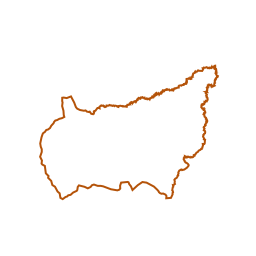 Ban Kruat, Buri Ram, Thailand (Albers equal-area conic projection), rotated 22°
{"feature_id": "78962969B45886211066420", "entity_name": "Ban Kruat", "entity_type": "district", "adm_level": 2, "iso_a3": "THA", "parent_name": "Thailand", "parent_adm1": "Buri Ram", "projection": "albers", "projection_center": [103.161, 14.416], "detail": "fine", "context": "isolated", "style": "outline", "palette": "amber", "viewbox_px": 256, "rotation_deg": 22, "n_neighbors": 0, "source": "geoboundaries", "source_scale": "gbopen_adm2", "svg_char_len": 5833}
<svg xmlns="http://www.w3.org/2000/svg" viewBox="0 0 256 256"><g transform="rotate(22 128 128)"><path d="M186.1,60.5L186.4,59.6L186.0,58.5L187.1,58.0L186.9,57.7L187.4,57.6L187.3,57.3L188.8,57.1L189.2,57.6L189.4,56.8L190.2,57.5L191.0,57.3L191.0,57.8L192.4,56.3L191.9,56.1L191.4,54.9L191.8,53.6L191.1,53.2L191.0,50.6L190.6,50.7L190.7,49.8L191.2,49.7L191.0,48.4L191.3,48.1L191.3,47.5L191.9,47.2L191.9,46.2L190.7,46.1L189.0,44.7L189.4,44.0L188.6,44.0L188.8,42.6L188.2,42.4L188.2,41.6L187.5,41.6L188.1,41.3L187.5,40.2L186.8,40.0L186.4,40.8L185.7,40.6L185.4,39.9L186.0,38.7L185.5,37.6L184.9,38.0L184.7,39.6L184.1,39.5L183.3,40.6L182.7,39.9L182.5,41.3L181.7,41.3L181.4,42.0L181.0,42.2L180.5,41.7L179.5,42.6L178.2,42.1L176.7,43.4L175.6,43.6L175.5,44.3L174.9,44.6L175.7,45.4L175.4,47.3L172.2,48.4L171.4,48.3L171.0,49.7L170.0,50.3L169.9,50.8L169.2,50.4L168.9,52.2L168.0,53.1L168.4,54.6L168.2,54.9L168.4,55.1L168.3,56.2L168.7,56.4L168.1,56.9L168.1,57.5L167.7,57.6L168.2,58.4L167.5,58.7L167.8,59.1L167.5,59.3L166.5,59.1L166.2,59.4L165.9,59.0L165.7,59.5L163.9,60.6L164.4,62.0L165.1,62.3L165.2,62.8L164.7,63.3L165.0,64.0L165.5,64.0L165.5,64.7L164.7,64.5L164.4,65.3L164.7,65.6L163.3,66.3L163.5,67.2L162.2,67.7L161.7,68.7L160.9,68.7L159.5,69.6L159.3,70.2L159.9,71.5L158.4,72.3L158.1,72.9L156.8,73.4L156.8,74.0L156.0,74.3L156.0,75.8L155.5,75.5L155.2,76.0L155.0,75.5L154.4,75.5L154.2,76.3L152.6,77.6L151.7,76.9L150.6,77.6L149.5,77.3L148.7,78.2L149.1,78.5L147.6,79.4L147.7,80.1L146.2,79.9L146.0,80.4L146.6,81.5L145.9,81.9L146.3,82.2L146.1,82.9L145.8,82.8L145.9,83.3L145.4,83.3L145.5,83.9L144.8,84.1L144.6,84.8L144.4,84.4L144.2,84.8L143.7,84.6L143.8,84.9L143.2,85.4L142.7,85.1L142.5,85.5L141.7,85.4L141.1,84.9L140.6,85.7L141.6,86.2L141.3,86.3L141.5,86.8L141.0,86.9L141.1,87.4L140.6,87.5L140.9,87.7L140.7,88.8L140.0,88.7L138.9,89.4L139.7,90.4L138.8,90.9L138.4,90.7L138.0,91.8L137.4,92.0L137.4,93.3L136.9,93.0L135.6,93.3L135.9,93.6L135.6,94.0L134.9,94.2L133.8,93.8L133.3,94.5L132.1,94.5L131.8,93.7L130.5,94.4L129.8,94.0L129.3,94.4L129.6,94.7L128.4,95.3L128.5,96.3L128.1,96.4L127.8,95.8L127.5,96.3L126.6,96.1L126.0,97.4L126.6,98.2L126.4,98.5L125.8,98.4L125.7,99.4L125.2,99.9L125.7,100.5L125.6,101.0L125.2,100.7L124.8,100.9L124.7,100.6L123.9,100.8L123.4,102.4L122.2,102.5L122.4,103.1L121.7,102.7L120.9,103.2L120.7,103.9L121.1,104.3L120.6,104.7L120.9,105.1L120.3,105.1L120.2,106.1L119.0,106.6L119.2,106.9L118.6,107.5L118.9,108.8L118.0,109.0L117.5,108.7L116.3,109.6L115.5,109.5L115.2,109.9L114.7,109.7L114.4,110.0L112.6,110.2L111.0,111.2L111.2,112.1L110.1,112.2L109.7,111.8L107.9,112.0L107.2,112.3L107.1,112.8L105.8,112.6L105.2,113.4L103.6,113.3L103.0,113.8L102.2,113.6L101.4,114.7L99.7,115.2L99.9,116.2L98.8,117.3L97.6,117.1L97.6,116.6L96.6,116.4L95.3,117.3L94.7,117.1L93.6,119.0L94.3,120.4L93.3,120.4L92.2,120.9L91.3,124.3L90.3,124.9L90.2,125.8L90.8,126.3L90.9,127.6L90.3,127.9L90.3,128.3L88.6,128.6L86.4,127.2L85.9,127.8L83.7,128.2L82.1,127.6L80.7,128.5L76.8,129.3L73.6,129.1L71.8,128.1L68.6,124.6L63.3,120.1L60.0,123.2L56.9,123.9L55.7,124.6L56.9,127.7L57.8,128.9L58.7,132.3L61.7,136.2L63.6,140.1L64.8,141.6L63.0,143.7L60.9,145.2L59.3,147.2L57.8,148.3L57.2,150.0L57.2,151.5L56.0,154.6L55.7,157.2L54.4,159.4L53.0,160.4L52.3,163.1L51.4,164.2L51.1,165.5L51.3,169.0L52.4,175.2L54.1,178.0L56.0,180.0L57.0,182.5L57.3,187.6L60.4,190.4L61.2,193.4L62.3,194.0L65.1,194.3L68.8,200.8L72.3,202.3L72.6,204.1L76.6,205.8L79.2,209.2L82.3,209.8L86.5,213.3L89.1,214.2L91.5,218.1L94.1,218.4L95.9,215.4L97.3,214.2L97.8,212.8L99.8,211.5L101.3,208.4L104.0,205.5L104.2,204.4L103.5,201.5L104.0,199.6L109.7,198.8L113.3,199.0L115.4,196.7L116.0,194.6L117.6,193.2L121.5,193.0L124.3,191.9L126.8,191.4L135.1,191.2L141.5,189.8L143.0,188.5L143.5,187.1L142.3,184.5L142.1,181.2L148.0,178.1L148.9,178.2L150.3,179.7L152.5,180.9L155.4,183.8L158.5,177.3L161.6,172.7L165.7,171.7L174.0,172.6L178.3,174.3L180.2,175.3L180.7,175.9L182.1,176.4L183.7,176.4L185.1,175.6L187.7,175.7L189.1,176.6L189.8,178.8L194.0,176.7L194.2,172.8L193.6,171.6L193.9,170.8L193.2,169.7L192.4,169.3L191.7,166.2L192.0,165.5L191.2,164.3L191.6,164.3L191.9,163.1L192.5,162.3L191.8,161.6L191.4,159.9L190.4,158.7L190.8,157.3L191.8,156.0L192.1,154.3L191.8,153.7L192.3,153.1L191.8,152.4L191.9,151.2L191.3,150.4L191.5,148.3L192.9,146.5L193.4,146.4L193.9,146.8L195.8,145.4L197.6,142.6L198.3,140.2L198.1,139.6L197.1,138.9L195.1,138.3L194.5,138.5L193.1,137.8L192.9,137.2L191.4,136.3L191.0,134.9L191.5,134.5L191.3,134.1L191.9,133.9L191.7,133.5L192.1,133.5L191.6,132.8L192.8,132.9L193.5,132.5L193.7,132.8L194.1,132.4L194.3,132.7L195.2,131.9L196.7,132.1L197.3,131.8L197.3,131.2L198.6,131.1L199.1,130.7L199.2,129.8L199.5,129.8L199.9,128.8L199.6,128.5L200.0,128.4L199.7,127.9L200.4,127.1L200.7,125.2L201.7,124.1L202.0,122.5L203.3,121.1L203.6,120.0L204.1,119.8L203.9,119.4L204.4,118.5L204.0,117.1L204.2,116.3L203.3,114.8L204.7,114.3L204.9,113.7L203.9,110.3L203.2,110.2L203.4,109.9L202.6,109.7L202.6,109.3L200.8,107.9L200.8,106.9L200.4,106.4L200.8,105.9L200.7,105.0L201.4,104.1L201.1,102.8L200.6,102.0L199.1,101.7L199.2,99.9L198.0,99.3L197.9,98.6L198.6,97.4L198.3,96.4L198.9,96.2L198.3,94.8L198.9,93.7L199.0,92.5L198.4,92.3L198.0,92.5L197.9,92.2L198.5,91.3L197.7,90.5L197.6,90.8L196.7,90.4L196.8,89.8L196.5,89.3L194.7,88.8L193.9,87.2L192.9,87.1L192.9,86.3L193.4,85.8L193.1,85.4L193.9,84.8L193.8,84.4L192.5,83.1L191.8,83.1L191.7,82.1L190.8,82.6L190.4,82.2L190.5,81.6L189.5,82.1L188.1,81.2L188.1,79.9L187.7,79.8L187.5,78.5L188.1,77.9L189.1,78.2L189.7,77.3L189.2,76.6L189.8,75.7L189.2,75.0L189.8,74.8L190.2,73.9L190.0,73.5L190.7,73.1L191.1,73.4L191.3,72.0L190.5,70.4L189.7,70.3L189.8,69.9L189.2,69.1L188.4,68.9L188.7,67.6L187.2,66.8L187.3,66.3L187.0,66.1L187.4,65.6L186.9,65.5L188.0,65.1L187.4,64.6L187.4,64.1L187.0,64.1L187.2,63.1L186.6,62.2L187.0,61.7L186.6,60.8L186.8,60.4L186.1,60.5Z" fill="none" stroke="#b45309" stroke-width="2"/></g></svg>